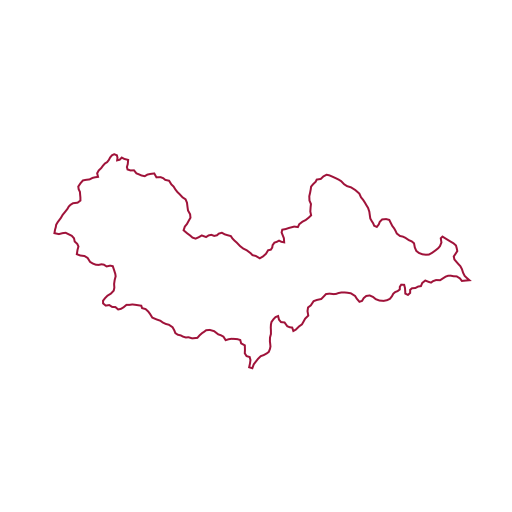 outline of Bom Jesus do Galho, Minas Gerais, Brazil, rotated 128°
{"feature_id": "56859067B85920776118835", "entity_name": "Bom Jesus do Galho", "entity_type": "district", "adm_level": 2, "iso_a3": "BRA", "parent_name": "Brazil", "parent_adm1": "Minas Gerais", "projection": "mercator", "projection_center": [-42.364, -19.729], "detail": "fine", "context": "isolated", "style": "outline", "palette": "rose", "viewbox_px": 512, "rotation_deg": 128, "n_neighbors": 0, "source": "geoboundaries", "source_scale": "gbopen_adm2", "svg_char_len": 4933}
<svg xmlns="http://www.w3.org/2000/svg" viewBox="0 0 512 512"><g transform="rotate(128 256 256)"><path d="M228.4,146.3L226.1,144.8L222.8,145.2L219.6,144.5L217.1,142.1L216.2,138.5L216.3,135.1L215.1,131.3L212.8,127.8L210.1,125.5L207.3,124.1L204.0,124.1L201.2,124.6L198.7,124.1L196.5,122.8L193.9,122.1L191.7,123.7L189.2,123.9L187.5,121.5L189.5,118.9L191.7,116.9L193.7,115.2L193.1,112.3L190.2,111.8L187.7,113.7L185.4,113.2L183.1,110.7L180.2,109.4L178.2,107.5L174.9,108.4L171.1,107.5L170.1,104.0L169.2,101.7L166.8,101.0L164.1,99.3L161.7,96.0L158.2,94.8L155.4,93.8L153.2,92.4L151.6,90.4L150.3,87.8L148.5,85.3L148.1,81.5L148.9,78.4L146.4,75.8L143.7,72.9L143.5,76.5L143.2,79.3L141.7,82.5L139.6,85.6L138.2,88.7L137.8,91.4L137.3,94.0L136.6,97.5L134.6,99.9L131.6,100.1L128.2,100.4L126.3,102.6L124.6,104.9L124.4,108.2L124.9,111.9L125.4,116.3L125.9,121.0L128.3,121.3L131.2,118.2L135.0,117.1L137.6,117.2L141.0,118.0L145.1,119.2L148.4,120.6L150.4,122.9L152.2,125.9L153.3,129.5L153.3,132.8L151.5,136.1L148.7,139.3L148.6,142.3L149.4,145.3L149.7,149.5L150.3,152.2L151.6,154.9L151.6,158.9L150.2,161.7L149.2,164.1L148.4,167.1L147.0,170.1L145.5,173.2L146.8,176.2L149.5,179.1L152.9,179.5L155.5,178.7L158.7,178.7L159.4,181.5L158.1,183.8L157.2,186.4L156.1,189.0L154.1,191.1L151.3,194.0L149.1,197.3L148.0,200.3L146.9,203.0L145.8,206.2L145.1,209.4L143.2,213.0L142.9,218.4L143.4,223.4L144.9,227.3L145.2,230.8L144.6,234.9L144.9,237.8L145.5,240.7L146.4,244.5L147.3,247.9L148.5,250.4L151.8,251.9L155.4,252.4L158.4,255.2L160.8,254.7L164.2,255.2L167.4,255.3L169.8,253.9L172.9,252.3L176.1,250.8L179.4,248.0L181.2,244.7L183.8,243.1L187.5,240.6L190.0,237.6L193.4,238.1L197.1,239.0L200.3,240.5L204.3,241.5L207.4,240.8L209.3,244.0L211.4,245.6L213.6,247.3L216.5,249.2L219.1,251.5L221.7,250.3L224.8,245.0L227.9,242.2L229.2,244.8L229.7,247.3L232.0,248.3L234.1,249.7L237.2,249.6L239.4,248.4L241.9,248.2L244.0,250.0L248.1,249.5L252.0,250.2L255.5,251.6L256.1,256.2L257.5,259.3L257.1,261.9L257.2,266.9L258.0,270.7L258.0,274.7L257.3,279.4L257.1,282.7L256.7,285.4L255.8,288.1L257.2,291.4L258.2,294.0L258.7,297.2L261.3,299.1L263.7,299.5L265.9,301.3L266.8,304.2L268.9,306.0L271.8,307.0L273.2,311.4L276.5,312.7L279.5,314.3L280.6,317.4L280.4,320.5L280.5,324.3L280.3,328.9L276.6,330.2L273.3,330.1L269.7,330.7L266.2,331.2L263.7,333.6L262.0,337.6L259.4,340.3L256.5,343.2L254.7,346.4L255.0,350.0L254.3,354.4L254.0,357.3L253.2,360.5L252.0,363.7L251.7,366.8L250.2,370.8L251.9,374.4L251.8,377.0L252.6,379.7L255.3,382.9L253.6,387.0L256.3,389.7L258.7,391.7L261.6,392.8L263.1,395.9L263.7,398.4L264.5,401.1L263.6,404.9L265.8,407.5L266.9,410.5L265.4,412.5L262.6,413.6L259.0,415.9L260.6,419.6L261.1,422.4L264.1,422.7L266.1,424.3L263.9,425.6L262.3,427.6L263.1,430.4L265.3,431.5L268.2,431.6L270.9,431.1L273.7,431.1L276.1,432.0L279.1,432.2L282.0,432.1L285.4,432.6L288.6,432.1L290.9,429.2L293.2,431.4L295.1,432.9L298.1,434.3L300.8,437.0L303.0,438.9L306.6,439.1L310.7,438.8L312.6,436.8L313.9,434.2L315.9,432.4L317.9,430.5L320.4,428.5L323.8,429.4L327.1,432.7L329.9,433.7L332.3,434.0L334.9,433.6L338.4,433.6L342.6,433.7L346.2,433.2L351.4,433.1L354.4,432.7L356.6,431.5L358.9,430.6L362.1,428.9L360.1,424.8L357.1,422.5L354.9,420.3L354.3,417.4L353.5,413.6L354.1,410.3L356.2,407.8L356.5,404.3L357.8,401.8L361.1,400.4L364.9,398.3L363.8,394.8L361.6,391.1L361.2,387.5L362.8,383.1L362.4,379.9L361.5,376.9L359.9,374.5L357.7,372.7L356.5,370.6L356.2,367.3L353.4,365.0L352.2,362.6L354.5,359.1L356.7,355.9L358.4,354.1L361.9,352.6L365.4,350.6L368.2,348.1L370.9,346.8L375.0,347.2L378.7,348.6L382.0,349.0L385.4,349.0L387.5,347.3L387.6,343.9L385.0,341.4L384.7,338.0L382.8,335.3L383.0,331.7L380.8,329.9L378.0,328.8L374.3,328.0L372.5,325.7L370.3,323.6L368.5,320.6L367.0,317.9L365.8,315.8L367.2,313.7L365.8,310.3L366.1,306.7L366.9,303.8L368.4,299.8L367.2,295.3L365.9,291.5L365.8,288.5L365.1,285.3L363.8,282.3L363.5,277.9L364.9,274.6L366.4,272.1L366.2,269.2L364.9,266.4L364.5,264.0L363.4,261.1L361.6,259.2L360.2,255.6L356.6,251.8L353.1,251.6L349.9,251.0L347.6,250.2L345.2,249.6L342.7,246.9L341.0,242.7L341.0,237.5L340.1,235.0L339.6,232.0L341.0,228.1L338.3,226.2L336.4,224.4L334.8,222.2L333.0,219.5L331.9,216.7L334.0,213.9L333.3,209.8L336.8,206.9L339.6,204.9L340.7,201.8L339.5,198.8L341.4,196.3L344.5,194.5L347.9,192.9L346.7,189.8L342.7,191.1L339.1,191.1L335.8,191.1L332.0,190.6L329.3,188.9L326.0,187.5L323.7,186.9L320.6,187.8L318.4,188.9L316.5,190.7L314.7,192.5L311.6,194.8L308.3,196.2L305.5,198.4L303.3,200.3L300.7,202.1L298.4,203.2L294.9,203.3L292.1,203.0L289.7,201.6L292.0,198.7L292.7,195.6L290.8,192.6L292.1,188.1L291.4,185.6L290.1,183.4L292.1,180.4L289.5,179.3L284.9,178.7L281.6,177.7L278.8,178.1L275.1,178.7L270.8,178.1L267.7,181.5L264.5,183.3L261.2,182.4L258.8,182.6L256.1,182.8L253.2,181.0L249.7,178.1L246.1,177.7L242.9,177.4L240.4,174.9L238.2,171.3L236.5,169.5L234.4,168.2L232.1,166.2L230.1,163.6L228.7,161.4L227.0,158.3L226.5,153.3L227.6,150.3L228.4,146.3Z" fill="none" stroke="#9f1239" stroke-width="2"/></g></svg>